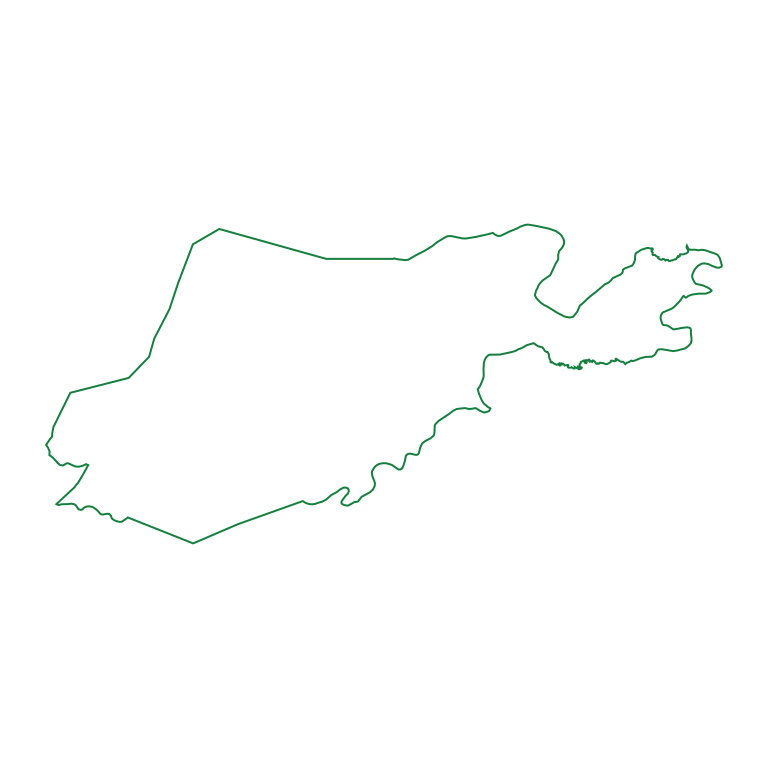 Mon Repos, Praslin, Saint Lucia (Mercator projection)
{"feature_id": "8701671B32794864311067", "entity_name": "Mon Repos", "entity_type": "district", "adm_level": 2, "iso_a3": "LCA", "parent_name": "Saint Lucia", "parent_adm1": "Praslin", "projection": "mercator", "projection_center": [-60.893, 13.858], "detail": "fine", "context": "isolated", "style": "outline", "palette": "green", "viewbox_px": 768, "rotation_deg": 0, "n_neighbors": 0, "source": "geoboundaries", "source_scale": "gbopen_adm2", "svg_char_len": 6068}
<svg xmlns="http://www.w3.org/2000/svg" viewBox="0 0 768 768"><path d="M56.4,504.1L57.4,504.7L58.9,505.0L61.3,504.3L63.4,504.2L67.7,504.1L71.1,503.7L74.0,504.1L75.9,505.4L78.4,509.1L80.4,509.9L82.2,509.6L83.7,507.9L86.4,506.6L88.5,506.3L91.6,506.7L93.5,507.5L96.1,509.4L97.9,511.0L100.3,513.8L101.2,514.4L103.0,514.5L106.9,513.8L109.1,513.8L110.9,515.7L111.6,517.9L112.1,518.7L114.4,520.3L116.7,521.2L119.7,521.9L121.9,521.7L127.9,517.5L193.1,543.4L237.6,524.3L302.7,501.1L305.9,503.0L307.3,503.5L309.3,504.1L312.1,504.3L315.2,503.9L317.5,503.0L322.1,501.7L325.7,499.9L331.4,495.0L336.4,492.3L340.5,489.2L343.6,487.6L346.0,487.6L347.9,488.4L348.7,489.7L348.7,491.4L348.0,493.5L345.4,496.1L341.7,501.1L341.4,502.0L341.5,503.2L342.2,504.1L344.3,505.1L347.2,505.6L348.3,505.5L354.4,502.1L357.3,501.7L358.2,501.3L361.6,496.8L370.3,492.1L373.0,489.4L374.6,486.1L375.0,483.6L374.3,481.0L372.1,475.3L371.8,472.5L372.3,470.8L374.4,467.4L375.8,465.9L378.3,464.3L380.4,463.6L383.4,463.2L386.6,463.3L391.8,464.9L398.5,469.5L400.1,469.6L401.7,468.8L402.6,467.5L403.6,465.1L405.0,460.4L405.8,456.2L406.3,455.2L407.7,454.1L409.3,453.7L410.5,453.7L415.9,454.9L416.8,454.9L418.2,454.2L419.0,452.7L420.2,447.6L422.3,443.3L425.6,440.8L430.5,438.3L433.5,435.9L434.2,434.1L434.5,432.2L434.7,426.1L435.1,424.7L435.9,423.6L438.6,420.9L449.1,413.9L452.9,411.0L456.4,409.1L459.6,408.6L465.2,408.1L468.4,408.9L470.4,409.0L475.0,408.2L476.1,408.3L480.0,410.8L483.2,412.2L484.6,412.5L488.6,411.3L489.2,410.9L490.4,408.5L490.2,408.2L488.2,407.2L483.7,403.5L481.4,399.6L478.9,393.4L477.7,389.1L479.3,387.3L480.7,384.6L483.5,377.6L483.7,374.7L483.5,369.9L483.9,362.7L484.3,361.3L484.9,359.4L486.4,357.0L488.5,355.1L489.6,354.7L499.8,354.6L511.4,352.1L514.9,351.1L517.2,350.0L517.7,349.5L521.6,348.1L527.0,345.1L533.7,343.2L537.8,346.1L542.2,347.3L543.3,348.5L545.0,351.1L546.5,351.9L547.5,352.0L549.0,354.6L549.1,357.0L549.6,358.8L550.4,360.2L550.7,362.3L551.1,362.5L551.9,362.0L554.1,363.7L556.9,364.8L559.0,363.6L559.1,365.0L560.0,365.6L560.7,365.0L560.5,364.2L560.2,363.8L560.8,363.3L561.2,363.3L561.8,364.4L562.2,364.4L562.6,363.7L563.1,363.7L564.7,365.5L568.0,364.9L568.3,365.5L567.8,366.8L568.0,367.3L568.9,367.7L570.8,367.7L571.7,367.2L573.6,368.5L574.7,368.4L575.2,367.6L575.0,367.1L576.7,368.0L577.4,367.9L577.9,366.7L579.0,367.9L578.9,368.3L578.1,368.5L578.5,369.2L580.7,368.9L581.8,367.8L581.7,367.4L580.3,367.2L579.7,366.0L579.6,364.2L580.6,363.4L580.7,362.1L583.6,360.6L585.1,362.9L586.3,363.1L586.6,362.6L586.3,361.7L585.6,360.9L585.0,360.9L585.3,360.2L586.9,360.2L587.5,360.5L588.6,359.6L589.2,359.6L589.4,359.8L589.2,361.0L589.5,361.6L589.9,361.8L590.9,361.2L592.0,361.9L592.3,360.9L593.0,360.4L594.6,361.5L596.2,363.6L596.9,363.9L597.8,363.3L598.5,363.7L599.2,363.6L600.1,362.6L602.1,363.2L602.9,362.9L603.6,363.4L605.8,364.1L607.0,364.1L610.6,362.2L610.9,360.9L611.6,360.5L614.0,361.2L614.9,361.2L616.0,360.8L616.2,360.1L615.6,359.5L615.6,358.9L616.0,358.7L620.0,361.3L621.1,361.7L623.3,361.8L625.2,364.1L626.7,362.8L629.5,361.8L631.2,360.6L631.8,360.9L632.9,361.0L635.0,360.5L640.5,358.2L645.7,356.9L651.7,356.7L654.5,355.0L655.6,353.7L657.2,350.5L658.3,349.5L661.7,349.2L673.0,351.1L676.8,350.6L685.1,348.4L688.1,346.2L689.6,344.7L690.9,343.2L691.2,342.0L691.5,340.7L691.4,337.2L690.9,333.4L690.9,329.6L690.6,328.8L689.7,327.8L687.0,327.3L681.5,328.0L675.4,329.2L673.2,329.3L668.3,326.0L666.3,325.3L663.4,325.0L662.4,324.0L660.7,319.1L660.6,317.1L661.1,315.0L662.1,313.2L662.9,312.4L671.8,308.6L674.4,306.7L679.0,302.0L680.7,299.9L682.9,296.6L683.8,295.9L685.4,297.6L686.4,297.4L688.4,295.9L692.0,294.6L699.2,293.6L705.3,293.7L709.2,292.4L710.5,291.8L711.4,290.9L711.6,290.5L709.9,288.9L707.2,287.3L703.1,285.5L695.8,283.8L694.4,282.1L692.8,279.0L692.1,276.6L692.4,274.5L694.2,270.3L696.3,267.5L698.0,265.8L699.3,265.0L701.0,264.0L702.5,263.5L704.7,263.4L708.6,264.2L712.3,266.0L716.9,267.7L719.2,267.7L721.4,266.8L721.9,265.4L719.7,258.0L717.9,255.2L716.1,254.0L705.1,250.2L701.3,249.8L698.5,250.3L694.9,249.7L690.9,249.8L689.1,249.3L688.4,248.8L686.9,245.6L686.6,246.4L686.7,247.8L688.3,250.7L688.0,252.2L686.2,253.5L684.7,253.7L683.8,254.3L680.7,254.3L680.0,254.5L679.9,256.0L679.0,256.6L678.7,256.2L677.9,256.2L677.8,257.2L677.2,257.3L676.2,259.1L675.5,259.4L674.4,259.4L672.5,260.4L671.3,260.4L670.1,261.0L668.9,260.9L667.8,260.2L667.8,259.9L666.8,259.9L665.4,260.5L664.5,259.4L663.4,258.9L662.8,258.9L662.1,259.6L661.4,259.9L660.3,259.5L658.3,258.3L658.0,257.8L658.5,257.2L656.3,256.2L655.0,254.9L653.1,255.1L652.5,254.5L652.7,252.4L651.8,251.7L651.5,251.0L652.5,250.0L652.8,249.1L652.4,248.4L652.0,248.3L651.0,248.7L648.6,248.0L646.9,248.0L641.2,249.8L635.7,253.4L635.2,255.8L635.0,259.3L634.7,260.8L633.7,263.3L632.5,265.1L631.9,265.7L625.3,268.2L623.7,269.1L622.9,269.8L622.7,272.0L621.7,273.6L620.2,274.7L612.9,278.0L610.8,280.6L608.6,282.5L606.7,283.6L605.1,284.1L595.7,292.2L591.4,295.4L587.3,298.9L583.8,302.4L579.9,305.6L577.2,311.8L572.9,317.0L569.9,317.5L565.9,316.9L563.7,316.1L557.3,312.8L547.0,306.4L544.2,305.1L540.8,302.7L537.9,299.9L536.2,297.8L534.9,295.4L536.1,290.5L537.6,287.9L538.1,286.2L539.4,284.1L542.8,280.3L550.0,275.4L550.5,274.7L555.8,263.3L558.2,259.5L558.2,254.9L559.0,251.3L562.7,246.9L563.9,243.9L564.1,241.4L563.6,239.3L561.5,235.5L559.2,233.3L555.9,231.1L549.5,228.8L536.1,225.9L528.0,224.6L525.2,224.9L520.2,226.7L517.0,228.5L509.3,231.6L500.7,235.8L498.0,236.0L495.3,234.8L492.8,232.9L488.5,234.1L475.9,236.9L465.9,238.5L462.2,238.4L451.7,236.1L448.0,236.1L445.8,236.9L436.9,242.3L432.3,246.1L423.9,251.2L416.2,255.1L408.3,259.7L405.4,260.1L397.2,259.2L394.2,258.4L393.3,258.9L326.3,258.9L219.3,229.0L192.9,244.3L178.2,282.9L169.4,309.3L154.2,338.7L149.1,356.8L128.7,377.9L70.3,392.8L53.4,427.1L52.3,433.0L52.0,436.8L50.1,438.9L46.1,444.9L48.1,447.9L49.6,451.4L49.4,455.1L52.6,457.4L56.9,462.0L56.9,462.3L59.8,464.8L61.9,465.4L63.2,465.4L66.5,463.4L68.0,463.2L74.6,466.2L76.9,466.7L79.0,466.7L83.1,465.6L86.0,464.2L88.2,465.1L83.1,474.4L77.7,483.4L76.0,485.0L74.6,487.2L56.4,504.1Z" fill="none" stroke="#15803d" stroke-width="2"/></svg>